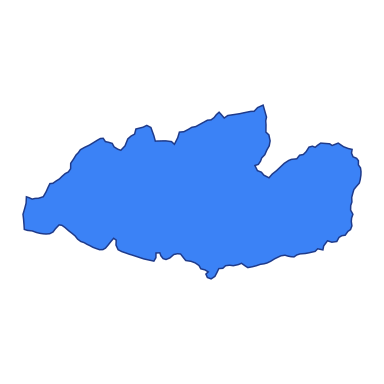 Joanópolis, São Paulo, Brazil (Natural Earth projection)
{"feature_id": "56859067B24440388490831", "entity_name": "Joanópolis", "entity_type": "district", "adm_level": 2, "iso_a3": "BRA", "parent_name": "Brazil", "parent_adm1": "São Paulo", "projection": "natural_earth1", "projection_center": [-46.213, -22.935], "detail": "fine", "context": "isolated", "style": "filled", "palette": "blue", "viewbox_px": 384, "rotation_deg": 0, "n_neighbors": 0, "source": "geoboundaries", "source_scale": "gbopen_adm2", "svg_char_len": 2838}
<svg xmlns="http://www.w3.org/2000/svg" viewBox="0 0 384 384"><path d="M219.1,112.2L216.4,114.6L214.1,117.6L211.0,119.9L207.4,120.2L202.1,123.1L195.7,126.6L191.8,127.3L188.5,129.3L183.9,131.7L179.4,132.1L177.7,137.8L174.4,144.3L171.5,141.6L166.0,140.9L162.8,140.9L155.3,141.1L153.8,135.6L150.9,127.5L146.8,125.4L143.1,127.2L135.9,129.0L134.6,134.1L131.0,136.1L127.8,138.9L125.0,145.9L120.8,150.3L117.8,149.2L114.1,146.9L112.2,143.4L108.6,142.3L105.4,141.6L103.2,138.3L100.4,138.5L97.2,140.3L94.0,142.3L89.4,145.1L84.5,147.4L80.4,149.7L78.3,152.7L76.1,154.9L73.6,159.0L70.7,163.3L70.6,168.8L68.3,172.0L65.2,173.6L62.0,176.4L59.5,178.9L56.1,181.0L52.9,183.3L49.9,183.6L48.1,187.3L46.1,191.8L43.3,196.7L38.4,198.3L35.1,198.4L32.2,199.1L29.1,197.7L26.4,196.8L26.1,203.2L24.7,208.5L23.0,214.3L23.6,219.6L24.0,224.7L24.3,229.4L27.5,230.4L32.2,230.9L36.5,232.5L40.3,233.4L43.2,233.8L46.1,234.0L49.7,233.7L53.0,232.0L55.4,228.8L59.1,224.9L61.9,225.3L64.9,227.4L68.6,230.7L72.1,233.4L75.1,235.9L77.6,239.1L80.8,241.5L84.1,242.6L87.0,244.3L90.0,245.7L92.9,247.3L96.4,248.6L99.6,249.7L102.9,249.6L105.5,248.1L107.9,245.3L111.3,241.0L113.7,238.3L116.2,240.1L116.0,245.1L118.1,249.7L121.8,251.6L125.9,253.0L129.2,254.2L132.0,255.0L143.8,258.9L153.9,261.1L155.9,257.7L156.0,253.0L159.8,252.8L160.9,255.8L163.1,258.6L166.0,259.5L169.9,257.9L173.8,254.5L177.5,253.7L180.6,254.0L183.6,257.9L185.7,260.5L191.0,261.3L195.2,262.9L199.0,265.5L200.8,268.8L205.0,269.9L208.2,271.9L205.9,274.1L207.4,277.5L211.1,278.9L214.9,276.4L216.9,272.6L218.8,268.6L222.8,268.3L225.6,265.7L229.6,265.2L233.3,265.7L238.3,264.6L241.5,263.3L245.3,266.0L247.8,267.6L252.6,266.7L256.4,265.7L260.4,264.3L264.0,263.8L267.0,263.0L270.6,261.3L274.6,258.8L280.9,255.8L285.0,255.2L288.3,256.2L291.0,256.7L294.0,256.9L296.7,255.0L300.0,253.9L305.3,253.5L309.0,252.8L315.1,251.4L317.7,248.8L322.9,249.9L323.7,245.9L327.5,240.8L331.8,242.2L336.8,241.5L339.0,237.4L341.8,235.7L345.2,235.2L347.9,231.4L350.5,229.6L351.9,225.9L351.3,221.4L351.6,218.0L352.9,214.3L350.6,210.1L350.7,205.5L351.9,202.0L351.7,197.4L352.9,192.9L353.9,189.5L356.5,186.3L359.3,183.1L360.2,179.7L360.9,175.1L361.0,171.6L360.5,167.9L358.4,164.9L358.4,160.7L356.6,158.3L353.0,156.8L351.5,153.1L352.1,149.4L348.2,148.5L343.5,146.7L338.2,143.1L332.1,145.5L329.7,143.8L320.7,143.1L317.5,145.3L315.2,147.3L312.4,146.2L309.0,147.1L306.1,151.7L303.3,154.5L299.6,155.2L296.8,158.8L291.3,159.4L288.6,160.5L284.3,163.3L276.6,170.6L272.2,174.1L269.0,177.8L263.9,175.2L261.4,172.2L257.4,170.6L254.9,165.5L258.3,164.4L260.5,161.2L261.7,157.9L264.8,154.7L266.9,149.9L269.2,145.9L270.1,140.9L268.9,134.9L265.9,132.1L266.0,124.8L265.7,120.8L266.5,117.1L263.1,105.1L257.6,107.6L254.1,111.3L250.7,111.4L243.3,112.9L239.7,113.7L227.8,115.5L224.2,118.0L221.2,114.5L219.1,112.2Z" fill="#3b82f6" stroke="#1e3a8a" stroke-width="1.5"/></svg>